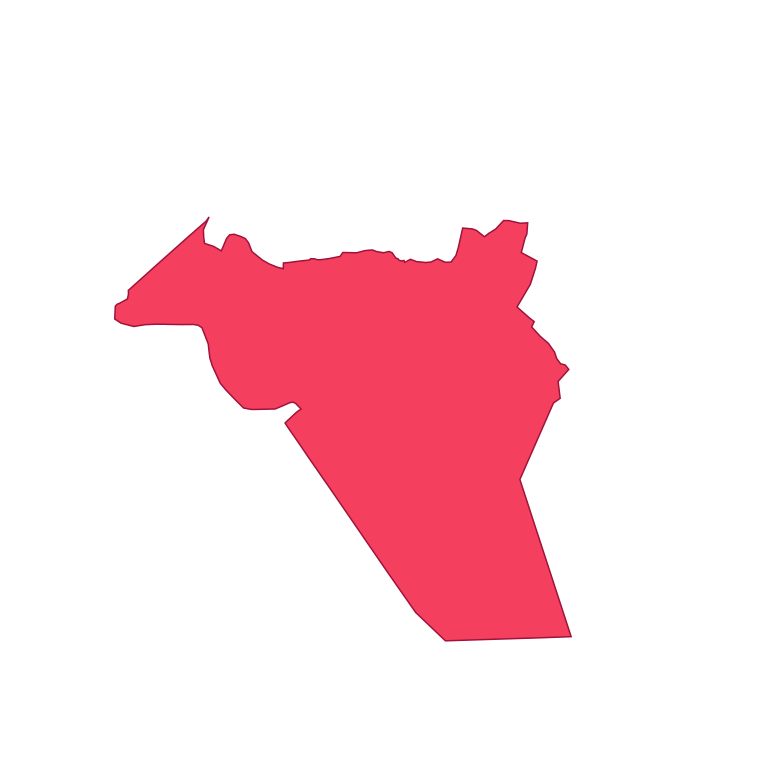 Um Algura, Gezira, Sudan, rotated 115°
{"feature_id": "16777658B57538989257512", "entity_name": "Um Algura", "entity_type": "district", "adm_level": 2, "iso_a3": "SDN", "parent_name": "Sudan", "parent_adm1": "Gezira", "projection": "natural_earth1", "projection_center": [33.822, 14.458], "detail": "fine", "context": "isolated", "style": "filled", "palette": "rose", "viewbox_px": 768, "rotation_deg": 115, "n_neighbors": 0, "source": "geoboundaries", "source_scale": "gbopen_adm2", "svg_char_len": 2043}
<svg xmlns="http://www.w3.org/2000/svg" viewBox="0 0 768 768"><g transform="rotate(115 384 384)"><path d="M533.9,107.6L533.7,107.8L486.5,151.9L450.8,185.3L413.1,220.5L329.7,222.4L322.5,218.3L308.1,227.3L292.7,222.7L290.2,227.7L291.0,232.5L288.0,238.2L283.0,242.9L277.7,252.2L274.8,262.5L269.9,274.3L264.0,274.2L262.5,280.7L258.0,296.0L231.8,293.5L215.3,295.6L207.9,297.2L206.9,315.1L192.2,317.8L187.7,317.9L177.2,321.9L180.7,328.4L182.2,335.4L183.2,340.0L185.3,344.7L196.5,348.3L202.8,352.5L208.1,355.2L205.7,365.3L206.1,369.4L209.4,378.6L229.0,374.3L237.2,373.1L245.2,374.8L247.8,380.0L247.9,388.3L253.5,392.9L256.2,397.4L259.3,406.2L259.8,412.7L265.1,416.7L263.6,418.1L265.3,420.6L265.4,422.8L264.6,424.3L264.9,426.5L261.6,432.1L261.7,435.4L265.2,439.8L267.1,446.7L267.4,451.2L271.1,457.6L275.1,462.4L276.6,464.2L282.2,476.9L286.9,477.7L293.4,486.6L297.8,493.4L299.4,496.6L300.0,500.2L301.4,503.4L303.2,504.1L309.9,515.1L313.8,521.1L316.8,526.3L322.1,524.1L323.2,529.6L323.7,538.8L323.1,546.5L319.8,559.6L313.3,566.4L310.8,571.1L310.8,575.7L311.6,583.1L314.1,587.0L318.8,588.2L332.1,587.7L331.3,596.6L332.4,606.0L327.6,609.2L320.5,612.9L306.5,613.1L308.1,613.4L308.5,613.5L311.4,614.0L333.7,623.8L372.9,640.7L407.2,655.3L409.4,654.1L411.2,653.4L415.4,652.5L423.0,658.1L424.5,659.6L427.1,660.4L438.9,655.5L440.0,648.1L437.6,635.0L431.2,625.6L426.0,615.6L425.0,613.3L424.4,612.0L423.3,609.7L422.3,607.4L421.0,604.4L415.7,592.6L410.6,581.9L409.3,577.1L409.6,575.1L409.9,572.8L416.9,565.5L421.9,560.3L431.2,554.6L434.3,552.6L440.2,547.2L444.0,542.7L452.6,532.6L456.4,524.4L461.2,511.9L465.1,501.1L463.1,493.4L461.6,490.2L452.6,472.0L440.8,461.5L438.9,458.8L438.9,458.3L438.9,457.9L438.9,457.7L439.0,455.9L439.1,455.5L439.1,455.4L439.4,454.6L439.8,453.7L441.7,448.6L441.8,448.7L446.4,451.3L457.8,455.9L461.2,457.2L464.2,452.3L470.5,441.5L475.5,433.0L481.8,422.5L488.0,411.9L491.9,405.2L495.7,398.8L499.3,392.5L552.0,303.1L577.7,258.7L590.8,219.8L570.3,179.3L546.9,133.0L533.9,107.6Z" fill="#f43f5e" stroke="#9f1239" stroke-width="1.5"/></g></svg>